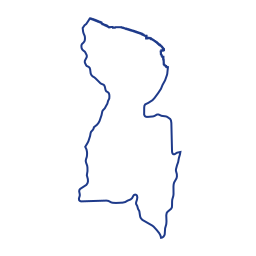 the district of Ramón Santana, San Pedro de Macorís, Dominican Republic, rotated 178°
{"feature_id": "3306468B54245916691578", "entity_name": "Ramón Santana", "entity_type": "district", "adm_level": 2, "iso_a3": "DOM", "parent_name": "Dominican Republic", "parent_adm1": "San Pedro de Macorís", "projection": "equal_earth", "projection_center": [-69.151, 18.515], "detail": "fine", "context": "isolated", "style": "outline", "palette": "blue", "viewbox_px": 256, "rotation_deg": 178, "n_neighbors": 0, "source": "geoboundaries", "source_scale": "gbopen_adm2", "svg_char_len": 5700}
<svg xmlns="http://www.w3.org/2000/svg" viewBox="0 0 256 256"><g transform="rotate(178 128 128)"><path d="M98.8,17.1L97.5,17.4L96.3,18.2L95.4,19.5L95.0,20.6L94.4,26.5L93.2,30.2L93.0,31.4L92.8,33.4L92.8,39.4L92.3,41.7L91.5,42.8L87.7,45.8L86.9,47.2L86.7,49.0L86.5,52.9L86.3,54.8L85.1,58.5L84.8,60.4L84.6,67.8L84.4,69.7L84.1,71.0L83.7,72.1L81.3,76.0L80.8,77.8L80.8,80.2L81.6,83.6L81.5,85.1L80.3,89.1L79.1,92.1L78.2,96.2L77.0,99.8L76.5,102.2L79.9,101.6L82.1,100.3L82.9,100.1L83.7,100.3L84.1,100.6L84.6,101.6L84.8,102.7L84.8,104.6L84.5,131.5L84.8,134.0L85.5,135.5L87.7,137.2L88.9,138.0L89.9,138.3L94.1,139.0L96.5,140.2L97.4,140.5L98.7,140.4L101.1,139.1L102.5,138.7L107.8,138.4L109.2,138.5L110.1,138.8L110.8,139.4L111.4,140.8L111.1,147.9L110.8,149.7L110.0,151.0L106.8,152.4L102.6,154.9L100.5,157.0L96.6,161.9L93.7,166.0L92.0,169.8L89.3,174.3L87.3,179.4L86.9,180.7L86.0,187.2L86.3,187.2L86.3,187.5L87.3,187.5L87.4,188.0L87.8,188.0L87.8,188.5L88.0,188.5L88.0,188.8L88.8,189.0L89.0,189.5L89.3,189.5L89.3,189.8L89.5,189.8L89.7,190.3L89.9,190.3L89.9,190.8L90.1,190.8L90.1,192.8L89.9,192.8L89.9,194.6L90.1,194.6L90.1,195.1L90.3,195.1L90.3,195.9L90.5,195.9L90.5,196.4L90.1,196.7L90.1,197.9L91.2,197.9L91.2,198.2L91.4,198.2L91.6,199.2L91.8,199.2L91.8,199.5L92.0,199.5L92.0,200.0L92.6,200.5L92.6,201.2L92.4,201.2L92.4,201.7L92.6,201.7L92.6,202.3L92.7,202.8L92.7,203.3L92.4,203.3L92.4,203.5L92.0,203.8L92.0,204.0L92.0,204.5L91.0,204.5L90.9,204.0L90.7,204.0L90.7,204.3L90.1,204.3L90.1,204.5L89.5,204.5L89.5,204.8L89.3,204.8L89.3,205.3L89.5,205.3L89.5,205.8L89.9,205.8L89.9,206.1L90.3,206.3L90.3,206.8L90.5,206.8L90.5,207.1L90.9,207.3L91.0,207.9L91.4,207.9L91.6,208.4L91.8,208.4L92.0,208.9L92.2,209.1L92.6,209.1L92.7,209.6L93.1,209.6L93.1,209.9L93.3,209.9L93.3,210.1L93.9,210.1L93.9,210.4L94.3,210.4L94.4,210.9L94.8,210.9L94.8,211.2L95.2,211.4L95.2,211.7L95.6,211.7L95.8,212.2L96.0,212.2L96.0,212.4L96.3,212.4L96.5,212.9L97.1,212.9L97.3,213.5L97.7,213.5L98.2,213.7L98.2,214.0L98.6,214.0L99.0,214.5L99.2,215.0L99.9,215.0L100.1,215.5L100.5,215.5L101.1,215.7L101.1,216.0L101.8,216.0L101.8,216.5L102.2,216.5L102.2,216.8L102.6,216.8L102.6,217.0L103.4,217.0L103.4,217.3L103.5,217.3L103.5,217.0L104.3,217.0L104.3,217.3L104.7,217.3L104.7,217.5L105.1,217.5L105.1,217.3L105.3,217.3L105.4,216.8L106.6,216.8L106.6,217.0L106.8,217.0L106.8,217.8L106.6,217.8L106.6,218.0L106.2,218.3L106.2,219.3L106.4,219.3L106.4,219.6L108.3,219.6L108.5,220.1L109.2,220.3L109.2,220.6L109.6,220.6L109.6,220.8L110.0,220.8L110.0,221.1L110.6,221.1L110.6,221.3L110.9,221.3L110.9,221.6L111.3,221.6L111.3,221.9L111.9,221.9L111.9,222.1L112.6,222.1L112.6,222.4L113.2,222.4L113.2,222.6L114.0,222.6L114.0,222.9L114.5,222.9L114.5,223.1L115.3,223.1L115.3,223.4L115.9,223.4L115.9,223.6L116.6,223.6L116.6,223.9L117.2,223.9L117.2,224.1L117.9,224.1L117.9,224.4L118.5,224.4L118.5,224.7L119.3,224.7L119.3,224.9L120.0,224.9L120.0,225.2L120.8,225.2L120.8,225.4L121.5,225.4L121.5,225.7L122.3,225.7L122.3,225.9L122.9,225.9L122.9,226.2L123.6,226.2L123.6,226.4L124.4,226.4L124.4,226.7L125.1,226.7L125.1,226.9L125.9,226.9L125.9,227.2L126.7,227.2L126.7,227.5L127.4,227.5L128.2,227.7L128.2,228.0L129.7,228.2L129.7,228.5L130.5,228.5L131.2,228.7L131.2,229.0L132.7,229.0L136.9,229.2L137.7,229.0L137.7,228.7L139.4,228.7L139.4,229.0L139.7,229.0L140.1,229.2L140.1,229.5L143.0,229.5L143.0,229.2L143.3,229.2L143.3,229.5L143.9,229.5L144.3,229.7L144.3,230.0L145.0,230.3L145.0,230.5L145.4,230.5L145.4,230.8L145.8,230.8L145.8,231.0L146.2,231.0L146.2,231.3L146.7,231.3L146.7,231.5L147.3,231.5L147.3,231.8L147.9,231.8L147.9,232.0L149.0,232.3L149.0,232.5L149.6,232.5L149.6,232.8L150.0,232.8L150.2,233.3L150.5,233.3L150.5,233.6L150.7,234.1L150.9,234.1L150.9,234.3L151.5,234.3L151.5,234.6L152.1,234.6L152.1,234.8L152.6,234.8L152.6,235.1L153.4,235.1L153.4,235.3L154.0,235.3L154.0,235.6L154.5,235.6L154.5,235.9L155.1,235.9L155.1,236.1L155.7,236.1L155.7,236.4L156.2,236.4L156.2,236.6L156.8,236.6L156.8,236.9L157.4,236.9L157.4,237.1L157.9,237.1L157.9,237.4L158.5,237.4L158.5,237.6L159.1,237.6L159.1,237.9L159.8,237.9L159.8,238.1L160.6,238.1L160.6,238.4L161.3,238.4L161.3,238.7L162.1,238.7L162.1,238.9L162.3,238.9L163.6,236.9L166.1,233.4L167.8,232.2L169.8,229.5L169.5,225.8L169.1,224.1L168.1,221.6L167.9,220.4L167.9,218.6L168.2,216.8L168.7,215.9L169.6,214.8L170.9,213.7L171.4,212.9L171.7,211.9L171.7,210.8L171.6,209.6L171.0,208.1L170.0,207.0L168.6,205.9L168.1,205.2L166.7,202.1L166.7,200.5L167.4,199.1L168.4,197.4L168.8,196.5L168.9,195.4L168.7,194.5L167.7,192.3L167.2,191.5L165.1,190.4L164.2,189.4L163.8,187.9L163.4,183.9L163.0,182.8L162.5,181.9L161.5,180.8L159.9,179.8L158.7,178.7L154.1,173.8L153.3,173.2L150.9,172.1L150.3,171.5L149.7,170.0L149.2,167.2L148.9,166.2L148.4,165.4L146.9,164.5L145.9,163.4L145.5,161.7L145.5,159.9L145.7,158.1L147.0,155.7L147.8,153.0L148.3,152.2L149.0,151.1L150.5,148.5L152.6,146.4L153.1,145.5L154.0,141.8L156.2,136.0L157.4,134.0L158.9,132.3L162.1,129.9L162.3,128.9L163.0,127.6L165.1,125.4L165.6,124.0L166.2,121.2L168.1,116.0L169.0,114.4L171.4,110.7L170.2,107.9L169.8,105.4L169.8,103.6L170.0,101.7L170.2,100.6L171.1,98.1L171.4,96.5L171.1,94.8L170.1,91.7L169.9,89.7L170.0,86.3L170.8,82.2L169.9,78.3L169.9,75.9L170.4,74.3L171.6,72.6L177.6,69.0L178.3,68.4L178.8,67.6L179.0,66.2L178.6,64.0L178.5,62.9L178.6,61.9L179.5,59.3L179.4,57.7L178.8,56.9L177.5,56.3L152.1,56.2L150.1,55.8L147.3,54.2L145.8,53.8L142.6,53.5L136.0,53.6L133.4,54.1L131.0,55.4L127.9,56.5L126.4,57.7L125.0,60.1L124.4,60.8L123.2,61.2L122.4,61.0L121.6,60.4L121.4,60.0L121.1,58.4L121.5,56.2L122.5,53.4L122.6,51.9L121.5,49.7L120.8,46.8L119.6,44.5L119.0,39.5L118.7,38.2L118.2,37.3L116.9,35.7L107.1,29.6L105.8,28.5L103.0,25.2L100.4,21.7L99.3,19.4L98.8,17.1Z" fill="none" stroke="#1e3a8a" stroke-width="2"/></g></svg>